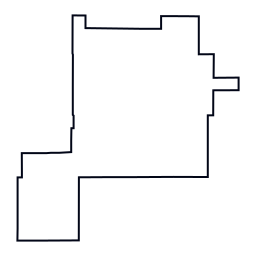 Chaves, New Mexico, United States of America
{"feature_id": "52423323B32246312222809", "entity_name": "Chaves", "entity_type": "district", "adm_level": 2, "iso_a3": "USA", "parent_name": "United States of America", "parent_adm1": "New Mexico", "projection": "mercator", "projection_center": [-104.512, 33.304], "detail": "fine", "context": "isolated", "style": "outline", "palette": "ink", "viewbox_px": 256, "rotation_deg": 0, "n_neighbors": 0, "source": "geoboundaries", "source_scale": "gbopen_adm2", "svg_char_len": 691}
<svg xmlns="http://www.w3.org/2000/svg" viewBox="0 0 256 256"><path d="M72.6,15.4L72.5,53.5L72.9,54.6L72.8,86.7L72.8,90.7L72.8,114.9L73.6,115.6L73.6,122.2L73.6,128.2L71.4,128.2L71.2,140.4L71.2,152.1L59.1,152.8L50.9,152.8L46.8,153.1L21.8,153.1L21.9,171.6L21.9,177.4L17.6,177.4L17.6,228.4L17.4,240.6L42.0,240.6L77.7,240.4L78.8,240.4L78.9,177.3L113.7,177.1L136.4,177.1L136.8,177.1L173.7,176.9L202.1,177.0L206.3,177.0L207.8,177.0L207.8,148.8L207.8,127.3L207.8,115.3L213.2,115.3L213.3,90.3L238.6,90.2L238.6,77.6L213.6,77.8L213.8,54.2L198.8,54.3L198.8,16.3L194.7,16.3L186.3,16.2L161.1,16.1L161.1,28.8L141.7,28.8L85.5,28.1L85.5,15.5L72.6,15.4Z" fill="none" stroke="#020617" stroke-width="2"/></svg>